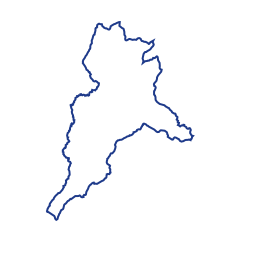 Natividade, Tocantins, Brazil, rotated 190°
{"feature_id": "56859067B45989324598243", "entity_name": "Natividade", "entity_type": "district", "adm_level": 2, "iso_a3": "BRA", "parent_name": "Brazil", "parent_adm1": "Tocantins", "projection": "robinson", "projection_center": [-47.662, -11.727], "detail": "fine", "context": "isolated", "style": "outline", "palette": "blue", "viewbox_px": 256, "rotation_deg": 190, "n_neighbors": 0, "source": "geoboundaries", "source_scale": "gbopen_adm2", "svg_char_len": 5951}
<svg xmlns="http://www.w3.org/2000/svg" viewBox="0 0 256 256"><g transform="rotate(190 128 128)"><path d="M191.8,31.4L185.4,28.6L184.7,27.7L183.9,26.0L182.7,25.1L182.1,25.6L181.6,26.2L181.5,28.3L180.9,30.5L180.9,31.2L180.2,32.5L180.0,33.9L179.4,35.7L178.8,36.0L177.9,36.9L177.7,37.5L177.5,41.2L177.1,41.9L176.0,43.0L174.7,45.5L173.3,46.6L172.9,47.5L172.4,48.2L171.6,48.1L168.1,51.8L165.0,52.4L163.8,53.2L162.9,52.7L162.0,51.9L161.1,51.8L159.9,52.3L160.2,52.8L160.2,53.5L159.7,53.9L159.6,54.5L158.3,54.7L157.9,55.1L157.9,58.0L156.8,61.1L156.4,63.5L155.5,65.2L154.8,65.8L154.1,67.0L152.8,68.1L152.1,68.3L151.5,67.2L151.0,67.5L148.8,67.6L144.6,71.2L143.2,72.1L142.7,72.8L142.0,74.3L141.3,74.6L140.7,75.8L140.9,77.4L140.7,78.1L140.9,78.7L140.1,79.2L138.4,79.3L138.0,80.0L138.0,80.8L137.5,81.1L138.1,82.6L138.3,84.3L139.3,85.4L139.4,86.1L139.1,87.6L139.6,88.1L140.8,88.5L142.2,89.2L142.9,90.2L143.1,91.8L142.9,93.4L143.1,94.0L142.2,95.1L141.8,96.5L141.2,97.2L140.7,99.4L140.3,100.1L139.1,100.3L138.8,100.7L137.5,102.9L137.0,105.8L137.0,107.7L137.9,109.1L137.0,112.6L135.8,114.1L135.1,114.2L133.9,115.0L132.7,115.2L131.5,115.9L130.3,117.2L128.6,118.3L127.5,119.4L125.2,120.5L125.1,121.1L123.9,121.3L122.6,122.3L121.6,124.1L121.8,124.8L120.0,125.6L118.8,126.7L118.8,127.6L118.3,128.0L117.2,128.6L115.8,128.7L115.3,129.5L115.0,131.2L114.4,132.0L114.4,133.0L113.7,133.6L113.9,134.3L113.6,134.8L113.0,135.1L111.0,134.7L109.5,133.6L108.7,133.6L107.8,133.0L101.8,131.0L99.5,129.5L98.4,129.1L97.0,129.4L95.6,131.3L94.9,131.5L91.4,131.7L89.1,130.6L88.4,129.5L88.3,128.8L87.3,127.7L87.3,126.2L82.6,124.2L82.0,124.3L81.5,124.7L81.4,125.6L80.5,126.8L79.8,126.9L78.5,126.7L77.3,126.1L76.2,126.0L74.5,124.3L73.0,123.9L71.1,124.7L69.9,125.8L68.9,126.3L66.7,126.8L66.0,127.2L64.3,126.9L64.3,127.8L63.7,128.0L63.3,129.4L63.4,130.3L62.6,131.5L64.1,131.7L65.9,133.8L66.1,135.3L65.8,136.9L66.4,137.9L67.0,138.5L67.7,138.5L68.2,137.8L68.8,137.6L69.5,137.7L70.3,138.1L70.8,139.0L73.6,140.1L73.4,140.8L74.1,140.8L74.5,140.0L75.8,139.8L76.9,138.6L77.5,138.8L78.1,139.4L79.3,139.6L78.7,141.2L78.7,142.0L80.0,142.2L80.2,143.0L80.0,143.9L81.5,144.7L81.1,146.5L81.3,147.5L82.6,148.1L83.2,148.8L83.4,149.8L84.2,150.4L84.9,150.2L87.3,151.1L87.6,151.7L88.2,152.3L90.2,153.5L90.7,154.3L91.3,154.8L92.5,154.9L93.8,155.6L94.6,155.7L96.0,156.7L101.0,157.2L103.9,158.7L105.5,160.2L105.9,161.2L106.3,163.3L106.8,164.0L107.0,164.6L108.1,165.4L108.6,168.0L108.7,168.9L108.3,169.4L107.7,172.4L108.1,173.3L108.7,173.9L109.5,174.0L110.1,175.7L109.9,176.5L108.2,179.4L108.0,181.6L108.2,182.5L108.0,183.6L107.4,185.2L105.1,189.2L105.0,190.2L105.0,191.3L106.2,191.4L107.1,192.3L107.4,193.3L107.4,194.4L108.2,197.6L110.1,199.9L111.1,203.0L111.7,203.5L112.2,203.5L113.8,201.5L115.4,201.4L115.9,199.8L116.5,199.5L117.2,199.2L117.9,199.2L119.1,197.9L120.0,197.9L120.6,197.4L122.8,196.7L124.6,194.7L124.4,196.6L125.7,199.0L125.5,203.6L124.8,205.2L124.3,205.8L123.3,206.0L122.3,207.1L120.2,208.8L119.2,210.2L118.9,211.1L117.5,213.1L117.4,213.9L117.1,214.4L117.8,215.9L118.5,216.4L118.6,217.3L118.3,218.4L120.9,216.3L121.7,214.6L122.2,214.4L123.3,215.2L125.6,215.9L127.1,215.7L128.3,216.1L129.5,216.1L130.1,216.6L131.0,218.0L132.2,218.5L133.5,218.2L134.2,217.7L135.1,216.3L137.0,216.2L138.9,215.6L141.7,216.0L142.4,215.8L144.2,214.3L144.9,214.0L145.6,214.1L146.0,214.6L146.3,215.4L146.3,217.3L146.8,218.2L147.7,219.1L148.3,222.0L149.4,224.6L149.8,225.0L151.2,225.4L154.2,227.1L154.5,230.9L155.1,230.8L157.4,229.4L158.4,228.5L159.8,227.8L162.1,225.8L162.7,225.1L162.9,222.7L163.5,221.8L164.4,221.6L166.6,222.4L167.4,222.2L169.0,222.6L169.5,223.2L170.8,223.7L171.8,225.7L173.2,225.4L174.4,225.7L175.0,225.5L176.1,224.3L176.2,222.7L175.9,222.1L176.3,221.4L177.1,220.9L177.3,220.0L177.0,218.5L177.1,216.2L177.3,215.6L177.1,214.8L177.2,214.1L177.8,213.8L178.2,213.0L178.5,209.6L178.9,207.9L178.3,205.1L179.2,203.5L179.3,201.7L179.0,200.3L179.2,199.1L179.7,198.5L179.9,197.0L180.4,196.2L181.6,192.4L182.2,191.6L182.7,189.7L183.9,187.1L184.0,185.6L183.7,185.0L183.8,184.1L181.1,181.4L179.9,179.9L179.0,178.2L177.5,177.7L176.5,176.4L175.9,176.5L175.3,176.2L175.2,175.3L173.9,174.4L174.5,172.9L173.4,170.9L171.0,169.2L170.6,168.5L169.3,168.0L168.7,168.2L168.0,168.7L166.5,168.1L165.1,167.1L164.4,167.0L164.3,165.1L164.9,163.3L165.6,162.8L165.5,162.1L165.7,160.9L166.7,160.0L166.8,159.4L167.4,159.5L169.1,159.1L169.9,159.3L170.1,158.2L169.6,157.3L170.1,156.9L170.9,157.0L171.6,156.7L172.0,156.1L172.1,155.3L172.0,153.5L172.6,153.0L173.2,153.1L173.9,153.7L174.8,152.7L175.4,152.9L175.9,152.3L176.5,152.9L177.4,153.1L178.7,152.3L179.9,153.2L180.7,153.0L180.6,152.1L182.2,151.6L182.4,150.9L183.6,150.6L183.3,149.9L185.0,148.5L184.7,146.9L185.8,144.7L185.5,143.9L186.3,142.7L186.1,141.4L186.8,140.8L187.4,141.2L187.9,141.1L188.5,140.6L187.2,137.6L186.0,136.1L186.0,135.3L186.2,134.6L186.0,133.7L185.5,132.5L184.3,130.8L184.2,129.4L183.6,129.2L183.1,126.9L182.8,126.2L182.2,126.3L182.2,125.4L182.0,124.4L182.6,122.8L183.2,122.3L184.1,122.8L184.5,122.2L184.0,121.3L184.0,120.2L184.8,120.3L184.8,119.4L185.1,117.6L184.8,116.2L185.6,115.1L185.3,114.6L186.0,113.1L186.5,112.7L186.7,110.2L185.9,108.2L185.4,108.2L185.6,107.5L185.5,106.7L183.5,104.8L183.9,103.9L185.0,103.1L185.3,102.4L185.1,101.7L186.4,100.4L185.9,98.6L186.2,97.5L186.9,97.6L188.4,94.8L188.1,94.2L188.1,93.2L187.3,92.9L187.2,91.1L186.5,90.8L186.1,89.8L184.4,88.8L184.1,88.2L182.7,88.1L182.1,87.5L181.7,88.0L181.1,88.1L180.8,87.3L181.3,86.0L181.3,85.3L180.6,84.8L179.1,84.6L178.2,83.4L178.5,82.9L178.8,80.2L179.2,79.7L179.3,76.7L178.5,75.8L178.1,74.9L177.4,72.1L177.5,71.2L178.2,69.9L177.9,67.8L178.8,67.4L179.5,66.0L180.0,65.6L179.4,63.3L179.8,62.6L179.9,60.7L181.6,59.6L180.9,58.3L181.4,57.5L181.7,56.1L184.0,52.2L185.4,51.8L185.6,51.2L187.6,48.6L188.7,46.4L189.0,44.8L189.9,43.9L191.7,40.1L191.9,39.2L191.5,38.3L191.7,37.5L192.2,37.2L193.2,34.2L193.2,32.7L193.4,32.1L193.1,31.5L192.5,31.3L191.8,31.4Z" fill="none" stroke="#1e3a8a" stroke-width="2"/></g></svg>